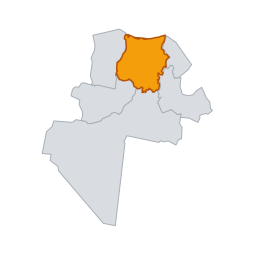 Ivory Coast and the surrounding countries, rotated 192°
{"feature_id": "CIV", "entity_name": "Ivory Coast", "entity_type": "country or territory", "adm_level": 0, "iso_a3": "CIV", "parent_name": "Africa", "parent_adm1": "", "projection": "natural_earth1", "projection_center": [-5.78, 7.538], "detail": "fine", "context": "with_neighbors", "style": "filled", "palette": "amber", "viewbox_px": 256, "rotation_deg": 192, "n_neighbors": 5, "source": "natural_earth", "source_scale": "50m", "svg_char_len": 5870}
<svg xmlns="http://www.w3.org/2000/svg" viewBox="0 0 256 256"><g transform="rotate(192 128 128)"><path d="M79.1,152.8L78.4,142.7L75.3,140.0L73.4,128.6L76.2,126.9L77.6,121.3L85.8,123.7L90.4,121.8L93.6,122.4L94.8,120.3L127.4,120.2L129.2,113.5L127.8,112.3L120.1,29.8L132.3,29.6L186.7,71.4L188.7,75.9L197.5,80.1L197.7,86.2L206.6,85.3L207.0,107.3L202.6,113.7L202.0,119.5L183.7,121.9L180.7,125.3L170.3,125.7L168.3,123.9L163.8,125.2L156.2,129.2L154.7,132.1L148.4,136.4L147.3,138.9L143.9,140.8L139.9,139.5L137.7,141.9L136.5,148.4L130.0,156.3L130.2,159.5L128.0,163.5L128.5,169.1L123.2,171.7L122.0,167.6L118.2,168.5L116.7,171.3L107.0,170.6L104.6,167.9L105.0,165.1L104.0,163.9L102.2,164.9L104.2,159.3L98.1,150.6L96.5,150.4L89.6,155.0L82.5,151.5L79.1,152.8Z" fill="#d9dde1" stroke="#a8b0b8" stroke-width="1"/><path d="M172.9,162.9L172.3,165.9L175.7,170.8L176.6,185.2L178.7,188.7L176.9,197.2L177.5,202.0L181.6,211.4L156.8,223.0L149.5,220.3L149.8,216.5L146.3,208.3L148.4,197.6L151.8,189.6L148.5,168.8L148.7,163.4L172.9,162.9Z" fill="#d9dde1" stroke="#a8b0b8" stroke-width="1"/><path d="M60.8,148.0L70.6,150.4L78.7,149.3L79.1,152.8L82.5,151.5L89.6,155.0L96.5,150.4L98.1,150.6L104.2,159.3L102.2,164.9L104.0,163.9L105.0,165.1L104.6,167.9L107.0,170.6L105.4,171.4L104.7,174.6L108.6,186.2L104.8,188.6L105.0,194.6L101.3,194.4L99.7,198.2L97.3,198.2L95.7,196.2L96.3,192.3L92.9,186.5L86.7,188.3L85.8,179.6L81.8,172.2L75.2,172.2L71.1,174.2L68.7,178.9L64.3,183.1L57.6,173.7L53.5,170.6L51.4,164.3L49.0,162.7L52.7,158.1L55.2,158.2L60.4,155.4L59.7,152.2L60.8,148.0Z" fill="#d9dde1" stroke="#a8b0b8" stroke-width="1"/><path d="M103.7,194.6L104.1,202.0L102.3,206.2L110.8,213.5L109.6,226.2L99.0,221.8L79.0,203.2L81.4,197.4L89.0,187.8L92.9,186.5L96.3,192.3L95.7,196.2L97.3,198.2L99.7,198.2L101.3,194.4L103.7,194.6Z" fill="#d9dde1" stroke="#a8b0b8" stroke-width="1"/><path d="M128.5,169.1L128.0,163.5L130.2,159.5L130.0,156.3L136.5,148.4L137.7,141.9L139.9,139.5L143.9,140.8L147.3,138.9L148.4,136.4L154.7,132.1L156.2,129.2L163.8,125.2L168.3,123.9L170.3,125.7L175.5,125.6L174.9,130.3L176.0,134.6L180.7,140.8L181.0,145.4L190.4,147.6L190.3,154.1L188.5,157.0L184.5,157.9L182.9,162.0L180.1,163.1L169.1,162.1L166.5,163.7L148.7,163.4L149.6,176.0L144.0,173.6L140.2,173.9L137.3,176.3L128.5,169.1Z" fill="#d9dde1" stroke="#a8b0b8" stroke-width="1"/><path d="M107.4,171.1L107.6,171.1L108.2,170.8L108.8,170.4L109.3,169.3L110.1,168.5L110.9,168.6L111.1,168.4L111.4,168.4L111.7,169.0L112.1,169.4L112.3,169.4L112.5,170.1L114.0,170.5L114.6,170.7L115.1,171.2L115.3,171.2L115.6,171.1L115.7,170.9L115.8,170.7L115.5,170.2L115.6,169.8L115.9,169.3L116.3,169.3L116.8,169.2L117.5,169.2L118.0,169.3L118.2,168.9L118.0,167.7L118.0,167.1L118.1,166.6L118.3,166.4L119.0,167.0L119.7,167.3L120.2,167.3L120.3,167.2L120.1,166.4L120.2,166.2L120.3,166.1L120.7,166.0L121.5,165.7L121.6,165.8L121.8,166.9L121.7,167.3L121.9,168.1L122.1,168.8L122.1,169.1L121.9,169.5L121.7,170.0L122.0,170.4L122.7,170.7L123.4,170.8L123.7,170.3L124.1,170.0L124.4,169.7L124.5,169.2L124.9,168.9L126.2,168.5L127.3,168.4L127.6,168.6L128.1,169.2L128.7,169.6L129.7,169.6L130.4,169.8L131.0,170.3L131.4,171.4L131.9,172.2L132.1,173.3L132.8,173.9L133.4,174.1L134.1,174.9L134.9,175.3L135.7,175.2L136.1,175.7L136.7,176.0L137.3,176.0L137.8,175.1L138.5,174.7L140.3,173.9L141.0,173.6L141.7,173.4L143.4,173.3L145.0,173.6L145.8,173.7L146.4,173.6L146.9,174.0L147.4,175.0L147.9,175.3L148.3,175.6L148.6,176.3L149.0,177.0L149.2,177.4L149.7,178.1L150.1,178.1L150.5,177.8L150.7,177.5L150.8,178.0L150.6,178.8L150.7,179.3L150.9,179.4L150.8,180.0L150.3,181.1L150.3,181.7L150.8,181.9L151.1,182.5L151.3,183.7L151.5,184.0L151.5,184.3L151.9,187.0L152.3,189.7L152.0,190.0L151.7,190.1L151.4,190.2L151.4,190.5L151.5,190.9L151.4,191.2L151.0,191.4L150.0,192.3L149.9,192.6L149.6,193.4L149.4,193.8L149.1,194.6L148.6,196.8L148.4,198.7L148.4,199.2L148.2,199.6L147.9,200.2L146.9,201.7L146.3,203.0L146.4,203.6L146.4,204.1L146.3,204.5L146.3,205.6L146.4,206.5L146.6,207.4L147.4,209.9L147.8,211.4L148.1,212.6L148.3,213.4L148.5,213.8L148.6,214.1L149.7,214.3L150.0,214.5L150.3,216.1L150.2,216.8L150.0,217.1L150.0,217.7L150.0,218.4L149.8,218.7L149.1,218.8L148.7,219.1L148.1,219.0L148.1,218.8L147.8,218.7L146.9,218.3L147.0,216.9L146.6,216.8L146.3,217.0L145.7,218.7L145.4,219.0L141.1,218.1L140.2,217.4L139.1,217.3L137.1,217.3L135.5,217.5L135.1,218.0L139.1,217.7L139.6,217.8L139.8,218.0L134.6,218.6L132.7,218.9L132.1,218.8L131.7,218.3L129.5,218.2L129.1,218.4L128.8,218.8L129.7,218.7L131.0,218.7L131.3,219.0L127.2,219.3L124.4,220.1L123.1,220.6L119.1,222.5L116.7,223.3L116.1,223.6L115.0,224.5L113.5,225.1L111.9,226.1L111.0,226.4L110.7,226.0L110.7,224.3L110.6,221.9L110.6,221.0L110.8,220.1L110.8,219.4L111.2,219.2L111.4,218.9L111.5,217.9L111.9,217.1L111.9,215.7L112.1,215.3L112.2,215.0L112.0,214.0L111.7,212.2L111.2,212.2L110.2,211.6L109.4,211.5L108.9,210.9L108.9,210.3L108.6,210.0L108.4,209.3L108.1,208.4L107.4,208.0L106.7,207.8L106.2,207.9L105.6,207.9L104.9,207.6L104.4,207.3L104.0,206.8L103.5,206.3L103.2,206.3L102.8,206.2L102.4,206.0L102.3,205.9L103.9,204.0L104.5,203.1L104.6,202.5L104.6,201.9L104.8,201.3L104.8,200.5L103.9,197.2L103.7,196.3L103.4,196.0L103.3,195.9L103.7,195.4L104.4,195.5L105.3,195.9L105.6,195.6L106.3,193.9L106.3,193.3L106.2,192.9L106.7,191.8L107.0,191.4L107.2,190.9L107.1,190.3L106.9,190.0L106.5,190.1L106.1,189.9L105.5,189.6L105.2,189.2L105.3,187.8L105.3,187.3L105.5,187.1L105.9,187.0L106.9,186.9L107.6,187.1L108.3,187.2L108.7,187.2L109.0,187.6L109.4,188.1L109.8,188.1L109.9,187.7L109.8,186.3L109.6,185.5L109.0,184.8L107.7,184.2L107.6,183.3L107.8,182.3L108.1,182.0L109.1,181.4L108.9,181.0L108.6,180.7L107.9,180.3L108.1,179.2L108.1,178.2L107.6,178.3L107.0,178.3L106.6,178.0L106.2,177.4L106.1,175.7L106.1,173.7L106.0,172.9L106.2,172.4L106.7,172.0L107.2,171.4L107.4,171.1ZM147.6,219.0L147.3,219.4L146.3,219.1L146.5,218.8L147.6,219.0Z" fill="#f59e0b" stroke="#b45309" stroke-width="1.5"/></g></svg>